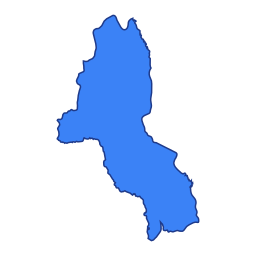 SVG path tracing the border of Malanje
{"feature_id": "AGO-1876", "entity_name": "Malanje", "entity_type": "Province", "adm_level": 1, "iso_a3": "AGO", "parent_name": "Angola", "parent_adm1": "", "projection": "equal_earth", "projection_center": [17.064, -9.524], "detail": "fine", "context": "isolated", "style": "filled", "palette": "blue", "viewbox_px": 256, "rotation_deg": 0, "n_neighbors": 0, "source": "natural_earth", "source_scale": "10m", "svg_char_len": 5823}
<svg xmlns="http://www.w3.org/2000/svg" viewBox="0 0 256 256"><path d="M132.8,18.3L132.8,19.5L133.1,20.2L133.6,20.7L133.9,20.0L134.1,19.9L134.7,20.3L135.5,20.6L135.8,20.8L136.0,21.2L135.8,21.5L134.9,22.0L134.7,22.6L134.8,23.1L135.7,24.2L136.2,25.3L136.8,27.8L137.4,28.9L139.3,30.2L140.0,30.9L139.9,31.9L140.0,32.7L140.0,33.9L140.1,34.7L140.7,34.4L140.8,34.9L140.7,35.1L141.3,35.5L141.3,35.9L140.9,36.9L141.1,37.5L141.8,38.3L142.1,39.1L143.0,39.2L143.4,39.5L143.4,40.6L143.6,41.1L144.3,41.1L144.3,41.4L144.0,41.9L145.1,42.1L145.2,42.7L145.2,43.4L145.3,43.8L145.9,43.5L146.3,44.2L146.2,44.7L145.8,45.1L145.6,45.8L145.8,46.2L146.9,47.0L146.7,47.6L146.9,48.1L147.4,47.4L147.8,49.0L148.0,49.5L148.4,50.0L149.2,50.6L149.5,50.9L149.7,51.8L149.2,53.3L149.5,54.0L149.4,55.8L149.1,56.4L149.0,57.0L149.3,57.5L150.2,58.5L150.1,64.9L150.3,66.2L150.6,67.4L151.0,68.0L150.5,68.9L149.7,70.5L149.4,71.6L149.2,73.0L149.2,74.4L149.6,76.3L151.4,80.8L151.7,83.8L151.6,92.6L150.8,98.0L150.7,99.0L150.7,100.4L151.4,105.3L151.3,107.0L150.5,109.7L150.1,112.1L149.5,113.1L148.9,113.5L144.3,115.6L143.4,116.3L142.5,117.1L141.9,118.2L141.8,119.4L142.0,120.8L143.2,124.5L144.4,127.2L144.7,128.7L144.8,130.9L145.3,131.8L146.7,133.0L147.2,133.8L147.5,134.7L148.0,135.4L148.5,135.7L150.8,136.6L151.5,137.2L152.5,139.3L152.6,140.5L153.0,141.5L153.6,142.2L155.1,142.6L156.2,142.7L176.0,152.7L176.4,153.1L176.9,153.9L176.9,154.9L176.6,156.1L175.6,158.3L175.0,159.1L174.6,160.0L173.9,162.2L173.8,163.4L174.1,164.6L174.6,165.9L175.4,167.2L177.4,169.5L181.2,173.0L182.1,173.5L183.1,173.8L184.9,173.1L185.9,174.3L185.3,175.4L185.9,175.3L186.7,175.8L187.2,175.7L187.3,176.5L187.8,177.3L188.1,178.9L188.7,179.7L189.0,180.3L189.2,179.9L189.5,180.4L190.0,180.8L190.8,181.4L191.3,180.7L191.3,181.4L191.5,181.9L191.8,182.3L192.4,182.4L191.8,183.1L192.6,183.8L192.2,184.0L192.0,184.3L191.9,184.7L192.1,185.2L191.3,185.5L191.8,186.2L191.8,186.5L191.0,187.0L190.8,187.0L190.4,186.6L190.1,186.9L190.1,187.4L190.4,187.7L190.5,188.0L190.7,190.8L190.9,192.2L191.3,193.6L191.8,194.8L192.5,195.8L194.5,198.3L195.1,199.2L195.6,200.3L195.9,201.6L196.0,203.0L195.5,205.4L195.4,206.9L195.6,208.2L196.7,210.8L197.0,212.1L196.7,213.6L196.4,214.5L196.4,215.5L197.2,216.7L198.1,217.8L198.4,218.5L198.6,219.2L198.7,221.3L198.4,222.2L197.7,222.4L196.1,222.2L195.2,222.2L193.3,222.7L189.3,224.7L187.3,226.0L186.5,226.7L183.9,230.2L183.2,230.8L182.4,231.2L181.4,231.2L179.6,231.1L177.6,230.5L176.7,230.6L173.1,231.8L172.5,231.8L170.5,231.2L169.8,231.4L169.2,231.8L168.5,232.0L168.0,231.6L167.7,230.6L167.2,230.1L166.6,230.2L165.4,230.6L164.0,230.4L163.5,230.0L163.3,229.3L163.2,228.9L163.4,227.0L162.9,225.7L162.5,224.4L162.2,223.9L161.6,223.4L160.5,222.1L161.0,225.5L161.1,229.1L160.7,230.7L160.0,232.0L156.4,237.0L155.5,237.8L153.7,239.7L153.1,240.1L151.4,240.6L148.1,238.5L148.4,237.3L148.5,235.9L148.4,235.3L147.3,232.3L147.2,231.1L147.6,229.9L148.9,229.2L149.2,228.9L149.1,228.0L148.7,227.9L147.6,228.5L147.7,227.9L147.6,226.7L147.8,226.2L148.5,225.5L148.6,225.2L148.7,224.1L148.8,223.8L148.6,222.9L146.5,218.3L146.6,216.7L146.3,215.8L146.0,215.6L145.0,215.6L144.2,215.1L144.0,214.3L144.3,213.3L145.3,212.5L145.6,212.8L146.0,212.3L146.3,211.6L146.3,209.9L146.1,208.8L145.2,207.2L144.8,205.5L143.9,204.2L143.5,203.4L143.4,202.5L143.4,200.7L143.2,199.9L142.5,199.1L140.5,197.5L140.1,196.6L139.8,196.3L137.7,196.7L136.1,195.9L135.6,196.0L135.2,194.3L134.8,193.8L134.1,194.3L133.4,193.9L133.1,194.6L132.6,195.1L131.6,194.4L130.3,193.2L126.3,191.7L124.9,190.8L123.3,191.6L122.7,191.5L121.9,191.9L121.0,191.8L120.3,191.4L119.8,190.8L118.7,188.5L118.3,188.0L117.9,187.9L116.8,187.9L116.4,187.7L116.1,187.2L115.4,185.5L114.7,185.2L114.4,184.9L114.3,184.1L114.5,183.8L115.4,182.8L113.8,181.3L113.4,179.9L112.5,179.0L109.9,174.7L109.0,174.1L107.9,173.1L107.9,172.4L108.1,170.7L108.1,170.1L106.4,167.3L105.8,166.8L104.6,166.5L104.2,166.0L103.9,165.3L103.8,164.4L103.7,162.3L103.9,161.2L104.5,160.5L105.1,160.1L105.5,159.6L104.1,152.0L103.5,151.6L103.2,150.6L102.8,147.4L102.7,147.1L102.4,146.7L101.3,146.3L100.0,144.5L99.8,143.7L99.7,142.6L99.4,141.7L98.7,140.3L98.0,139.7L97.3,139.4L95.7,139.3L94.9,139.1L94.3,138.8L93.7,138.8L93.2,139.3L92.5,138.4L92.2,138.3L91.7,138.2L90.5,138.6L89.8,137.8L88.9,138.7L88.0,139.0L87.3,139.0L85.3,138.6L84.6,138.0L84.3,137.9L83.9,138.0L83.7,138.3L83.6,139.3L83.0,140.7L82.5,141.2L81.9,141.4L78.4,141.8L77.6,141.8L76.8,141.4L76.4,141.4L75.2,142.2L74.5,142.1L73.8,141.8L72.9,141.8L72.4,142.5L72.1,142.4L71.3,142.1L68.3,142.6L67.0,143.2L65.2,142.8L64.7,143.2L64.2,142.7L63.4,142.3L62.6,142.1L62.3,142.3L62.1,142.1L60.9,142.1L60.6,141.9L59.9,140.7L58.6,140.3L58.1,139.4L57.4,139.1L57.3,138.4L58.2,137.0L58.7,136.0L59.0,134.6L58.9,132.9L58.7,131.5L57.8,129.2L57.7,128.3L59.7,124.9L59.3,122.8L57.3,120.4L57.7,119.6L58.2,119.4L58.8,119.3L60.4,119.5L61.9,118.7L62.5,116.8L62.9,114.7L63.9,113.3L64.7,113.0L66.4,113.0L67.2,112.7L68.4,111.1L69.7,111.0L71.1,109.7L71.7,109.6L72.0,109.8L72.7,110.3L73.1,110.5L74.6,110.5L76.1,110.2L76.9,109.7L77.3,109.1L77.5,105.7L77.3,102.7L77.4,101.8L77.8,100.0L78.3,95.3L79.4,90.6L80.2,88.2L80.5,87.1L80.4,86.0L79.8,85.0L78.1,84.1L77.3,83.3L76.8,82.0L76.5,81.0L77.0,79.3L78.4,76.4L78.7,75.4L78.7,74.7L78.9,73.9L79.6,73.4L83.4,71.7L84.1,70.8L84.1,69.8L83.9,68.9L83.8,66.0L83.4,63.4L83.4,61.0L85.8,61.5L86.8,61.4L88.0,61.1L89.3,60.0L92.3,58.7L92.9,58.2L94.5,56.1L95.2,51.5L96.1,48.7L96.2,47.6L96.1,46.4L95.8,43.8L93.4,34.0L93.2,32.7L93.4,31.5L93.9,30.2L95.2,29.2L96.3,28.7L98.3,28.5L99.4,28.0L101.8,25.7L104.2,21.1L106.7,18.8L112.7,15.5L113.5,15.4L114.1,15.5L114.9,15.9L115.6,16.7L116.2,17.8L117.0,20.3L120.8,27.2L121.6,28.2L122.4,29.0L123.2,29.5L124.1,29.7L124.9,29.7L125.8,29.4L126.6,28.8L127.4,27.7L127.9,26.2L128.1,25.1L128.4,22.2L128.8,21.3L129.2,20.6L130.7,19.2L132.8,18.3Z" fill="#3b82f6" stroke="#1e3a8a" stroke-width="1.5"/></svg>